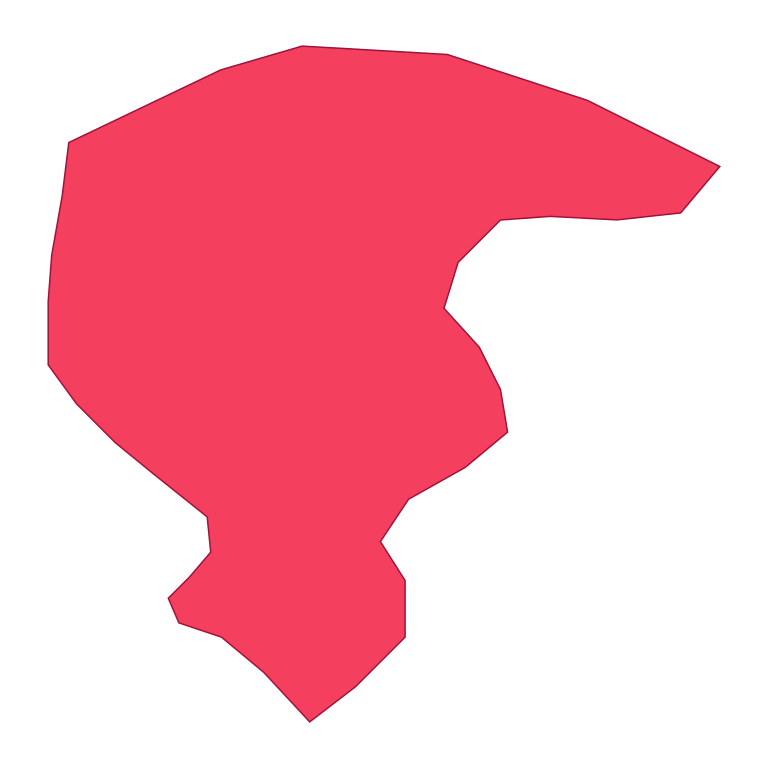 an SVG outline of North West
{"feature_id": "SGP-4873", "entity_name": "North West", "entity_type": "state/province", "adm_level": 1, "iso_a3": "SGP", "parent_name": "Singapore", "parent_adm1": "", "projection": "albers", "projection_center": [103.808, 1.387], "detail": "fine", "context": "isolated", "style": "filled", "palette": "rose", "viewbox_px": 768, "rotation_deg": 0, "n_neighbors": 0, "source": "natural_earth", "source_scale": "10m", "svg_char_len": 566}
<svg xmlns="http://www.w3.org/2000/svg" viewBox="0 0 768 768"><path d="M68.8,142.5L220.7,69.9L302.0,46.1L447.3,54.5L587.2,100.3L719.8,166.5L680.7,212.9L617.1,219.9L550.0,216.4L500.5,220.0L458.1,262.4L444.0,308.3L479.3,347.2L500.5,389.6L507.6,432.1L465.2,467.4L408.6,499.2L380.4,541.6L405.1,580.5L405.1,637.1L355.6,686.6L309.7,721.9L263.8,672.4L221.4,637.1L178.9,622.9L168.3,598.2L189.5,577.0L210.7,552.2L207.2,516.9L154.2,474.5L115.3,442.7L76.5,403.8L48.2,364.9L48.2,301.3L51.7,255.3L62.3,195.2L68.8,142.5Z" fill="#f43f5e" stroke="#9f1239" stroke-width="1.5"/></svg>